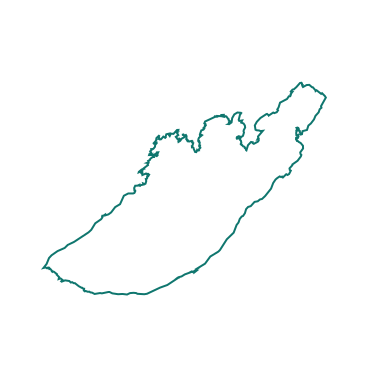 the district of Sula nor, Møre og Romsdal, Norway, rotated 322°
{"feature_id": "86288312B40497939679228", "entity_name": "Sula nor", "entity_type": "district", "adm_level": 2, "iso_a3": "NOR", "parent_name": "Norway", "parent_adm1": "Møre og Romsdal", "projection": "mercator", "projection_center": [6.236, 62.423], "detail": "fine", "context": "isolated", "style": "outline", "palette": "teal", "viewbox_px": 384, "rotation_deg": 322, "n_neighbors": 0, "source": "geoboundaries", "source_scale": "gbopen_adm2", "svg_char_len": 6090}
<svg xmlns="http://www.w3.org/2000/svg" viewBox="0 0 384 384"><g transform="rotate(322 192 192)"><path d="M201.3,127.2L197.2,127.6L196.4,128.3L196.5,128.8L194.2,129.6L191.0,130.1L194.5,131.3L194.2,131.8L192.1,132.1L190.6,133.6L188.1,134.2L186.2,133.1L185.8,134.1L184.1,134.2L184.1,135.0L183.2,135.7L183.9,136.2L183.8,136.5L181.7,135.9L181.2,136.3L182.5,136.9L181.6,137.0L184.0,138.8L187.3,139.8L188.6,139.1L189.8,139.9L188.1,140.8L187.5,141.9L186.3,142.0L185.3,140.4L183.6,140.2L183.4,140.9L182.5,140.2L179.5,140.2L178.6,140.8L176.7,140.5L176.7,141.1L175.9,141.7L174.4,141.3L175.4,142.4L173.9,143.1L173.8,143.7L171.1,143.6L171.1,142.9L170.9,143.6L168.5,143.6L168.5,144.2L166.2,143.3L162.5,143.4L162.1,143.7L165.7,144.6L164.1,145.2L164.0,146.1L163.7,146.0L163.7,147.1L164.2,147.0L163.4,148.1L167.1,149.1L167.1,149.6L168.6,150.7L168.5,151.1L168.9,151.9L167.5,152.5L166.8,151.8L166.4,152.1L167.2,152.5L166.0,152.4L165.5,153.3L164.1,153.8L163.6,153.4L162.7,155.2L160.5,156.8L159.7,156.7L158.8,155.2L158.4,156.3L155.7,155.0L154.9,155.2L154.3,154.5L154.9,153.9L152.9,153.4L151.1,152.1L148.8,153.3L148.3,154.6L147.8,154.8L147.5,155.6L148.0,156.1L147.7,156.5L146.0,157.3L144.7,156.9L140.8,153.9L136.0,153.0L127.8,157.3L122.2,156.6L115.7,158.3L112.4,158.2L109.2,157.0L109.7,156.3L107.4,156.1L106.7,155.5L106.1,155.9L105.8,156.8L103.7,157.5L96.5,157.1L89.3,159.8L85.6,160.1L68.3,158.7L61.5,157.2L57.2,157.7L49.7,155.8L42.4,155.4L38.7,156.0L33.1,159.2L28.2,160.4L30.2,161.3L30.8,162.9L32.1,162.9L32.7,163.6L32.1,164.2L32.1,164.9L33.0,165.2L33.1,167.6L32.7,168.1L32.8,168.9L33.4,168.8L34.1,169.9L35.0,173.6L34.5,173.9L34.9,177.2L33.3,178.5L35.2,179.1L35.9,181.9L34.0,181.9L34.1,182.4L37.6,183.5L40.5,186.6L40.8,188.8L42.0,189.2L42.7,191.1L43.6,191.7L44.8,196.6L46.2,199.8L46.6,200.0L46.7,201.1L47.4,201.8L46.1,203.0L46.4,204.3L47.2,204.4L48.4,206.4L49.8,207.4L50.1,208.6L51.2,209.6L52.5,212.4L57.3,215.0L58.6,216.4L64.5,219.3L65.5,220.1L66.8,222.8L70.8,227.0L74.5,229.6L77.7,232.8L80.9,233.5L83.8,235.4L85.7,237.2L86.3,238.6L91.5,243.2L93.9,244.5L108.0,247.7L115.3,250.1L127.8,251.1L127.3,250.7L127.5,250.7L128.8,251.3L129.0,250.9L131.8,252.1L135.6,252.5L141.7,254.5L141.3,254.1L141.9,254.2L142.7,255.0L143.0,254.6L144.4,255.9L144.0,256.8L146.7,256.8L144.8,255.6L147.8,256.7L146.3,255.7L149.6,255.8L149.3,255.5L158.2,256.5L166.7,254.1L176.1,255.2L178.4,254.9L190.3,250.7L199.8,249.7L206.9,245.4L209.8,244.7L213.1,242.6L216.1,241.9L217.5,242.3L220.6,241.3L224.1,238.8L227.0,238.3L229.6,239.3L235.2,238.3L238.1,239.8L240.9,239.7L242.9,240.6L247.2,240.2L256.4,238.0L261.5,234.9L265.5,233.6L267.8,233.5L270.7,233.7L271.4,235.1L272.5,235.3L272.6,236.5L277.2,236.0L277.8,237.4L279.6,237.6L283.0,236.0L282.6,234.9L283.4,233.4L287.5,232.7L288.0,232.1L294.4,232.4L299.6,231.0L301.0,230.1L300.9,228.9L301.7,227.4L306.3,226.1L307.9,223.9L307.8,220.3L306.9,218.2L306.8,217.1L306.2,216.5L306.6,215.9L306.3,215.7L306.4,214.5L307.5,213.3L308.2,213.4L308.4,214.4L308.7,214.6L310.1,213.8L310.7,212.4L310.2,212.4L309.3,211.4L310.4,209.7L312.1,208.0L312.4,208.2L312.2,207.8L313.7,207.0L313.8,205.8L314.7,206.1L315.2,206.9L315.0,208.0L314.3,209.0L314.5,210.5L313.9,210.9L313.3,212.8L312.1,213.5L314.1,213.4L313.7,214.9L314.4,213.5L314.6,213.8L316.6,212.1L320.8,213.9L324.6,211.3L327.8,211.2L332.8,209.9L336.2,208.0L340.8,207.2L343.6,205.4L345.9,205.3L346.5,203.8L355.6,200.0L355.8,198.2L355.3,194.2L354.2,194.2L352.8,188.5L351.6,188.5L351.9,187.9L351.7,183.9L351.1,183.3L350.4,179.8L348.2,178.3L344.1,177.6L344.2,176.7L344.8,176.1L344.5,176.0L344.7,175.2L345.5,174.1L345.5,173.3L344.2,172.6L338.8,173.6L335.4,173.8L334.3,173.2L330.8,173.8L331.8,174.0L331.6,174.5L332.4,175.0L329.8,175.7L329.8,176.2L328.4,177.0L327.2,176.2L324.2,177.2L316.4,175.8L312.2,178.7L310.1,179.4L310.1,180.6L307.9,181.3L305.4,180.5L304.9,179.4L299.7,179.0L299.9,178.6L299.4,177.9L299.2,176.7L298.5,176.4L291.5,175.8L286.3,176.6L282.5,178.2L280.4,182.0L280.8,183.0L282.8,184.9L283.5,186.2L285.5,187.4L278.2,188.9L277.6,190.0L276.6,190.5L277.5,190.6L277.3,191.3L276.3,191.5L276.2,192.5L274.8,192.9L270.4,192.1L269.9,190.9L270.5,190.2L269.3,188.9L264.9,189.6L260.5,192.7L260.4,192.4L261.0,190.8L260.7,189.9L261.1,189.5L261.1,188.5L260.4,187.6L260.4,185.5L260.0,185.4L259.9,184.2L261.2,183.5L262.1,181.8L262.0,180.5L263.3,179.4L260.2,177.6L260.4,177.0L261.2,176.4L263.2,176.8L264.7,179.0L266.8,179.1L269.6,177.1L270.0,175.9L270.9,175.1L273.6,173.9L274.6,172.1L274.8,169.7L273.5,167.6L275.6,166.5L273.0,165.1L273.2,163.9L277.3,160.7L279.4,160.1L279.3,159.7L276.7,157.3L273.1,156.9L269.2,158.5L266.0,161.5L263.0,161.4L262.4,160.8L263.5,161.0L264.0,159.7L265.5,159.8L265.2,157.7L266.1,156.4L265.5,156.7L265.6,153.6L265.1,152.9L263.8,152.8L261.8,150.3L262.2,150.0L264.2,151.3L264.6,150.8L262.4,149.3L261.4,150.0L258.7,147.6L258.3,148.2L257.4,147.6L257.7,147.3L256.6,146.4L255.7,146.8L245.7,144.5L244.0,145.5L244.5,146.7L243.9,147.9L243.1,147.5L242.5,148.5L240.6,148.5L240.3,148.8L240.6,149.6L239.4,149.9L237.2,149.2L233.5,151.6L233.0,152.5L234.7,152.9L234.9,153.4L231.0,153.5L229.7,154.2L228.7,155.2L228.9,155.7L228.3,155.8L228.2,156.6L228.7,156.9L228.6,157.7L227.0,159.3L226.8,160.4L225.0,160.0L226.5,160.6L225.8,161.2L225.8,162.3L223.1,162.8L223.0,163.4L221.5,162.7L221.6,162.2L219.9,163.2L219.1,162.4L219.9,159.1L220.4,158.0L220.0,156.7L219.6,156.6L220.2,155.7L220.7,155.9L223.1,154.2L222.6,153.1L223.6,152.4L223.5,151.7L220.7,150.4L220.6,148.9L219.8,149.0L220.0,147.6L220.4,147.1L220.1,146.7L222.1,144.7L222.3,143.3L221.9,143.2L221.5,144.1L220.7,143.7L220.7,141.4L219.3,140.8L220.4,141.8L220.4,143.5L219.6,144.1L216.8,143.6L214.2,144.4L212.2,144.2L212.5,143.6L214.5,143.5L215.0,142.7L214.8,142.1L213.9,142.5L213.4,142.0L213.1,140.9L213.5,139.4L213.2,139.3L213.2,138.6L216.2,138.7L216.4,136.8L217.1,136.4L216.5,135.3L217.7,134.8L218.9,135.4L219.1,134.8L218.7,134.5L219.1,134.4L218.4,133.9L213.2,134.8L211.3,133.0L208.9,134.2L208.9,132.9L210.1,132.0L207.3,130.7L205.4,132.0L205.1,132.7L204.2,132.8L203.5,130.7L200.1,131.4L199.0,130.8L198.5,129.8L198.8,129.3L199.4,129.4L199.7,128.1L201.3,127.2Z" fill="none" stroke="#0f766e" stroke-width="2"/></g></svg>